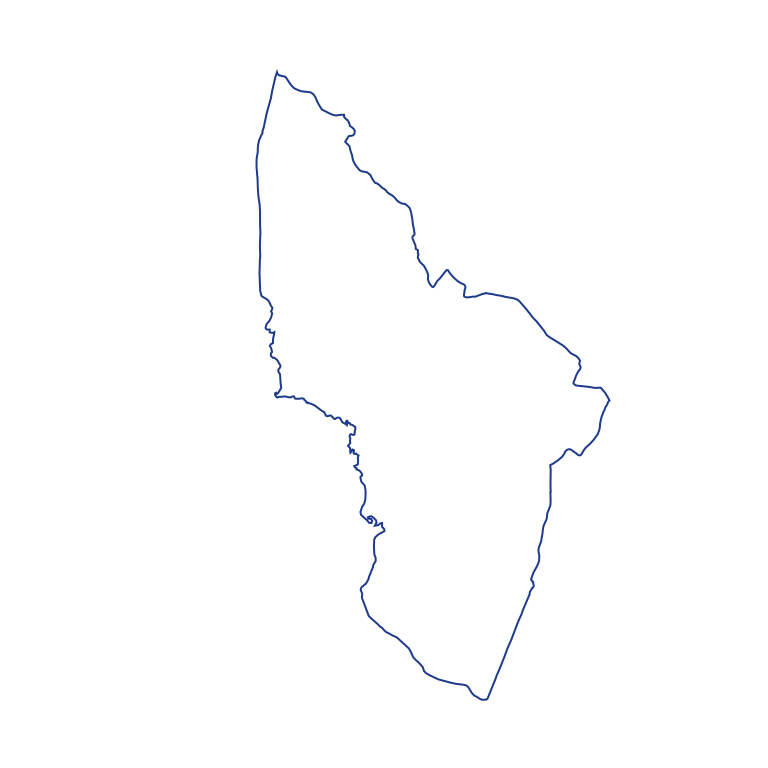 the district of Kampong Seila, Kaôh Kong, Cambodia, rotated 319°
{"feature_id": "14789045B74772931755748", "entity_name": "Kampong Seila", "entity_type": "district", "adm_level": 2, "iso_a3": "KHM", "parent_name": "Cambodia", "parent_adm1": "Kaôh Kong", "projection": "mercator", "projection_center": [103.945, 11.169], "detail": "fine", "context": "isolated", "style": "outline", "palette": "blue", "viewbox_px": 768, "rotation_deg": 319, "n_neighbors": 0, "source": "geoboundaries", "source_scale": "gbopen_adm2", "svg_char_len": 6154}
<svg xmlns="http://www.w3.org/2000/svg" viewBox="0 0 768 768"><g transform="rotate(319 384 384)"><path d="M507.8,78.5L503.5,81.0L491.8,89.5L486.3,94.0L473.4,102.5L461.5,111.5L458.0,113.6L456.7,115.1L455.5,115.4L453.0,116.5L449.5,118.2L446.4,120.5L443.4,123.3L440.8,126.2L436.1,130.0L433.9,132.3L429.9,136.9L423.0,146.4L417.2,153.5L412.6,159.6L407.7,167.2L403.8,172.2L394.9,182.6L389.9,188.8L380.8,198.5L374.8,205.9L371.1,209.6L362.3,219.2L351.9,232.2L349.6,236.5L349.4,238.0L351.3,243.5L351.4,246.0L350.1,250.4L349.7,253.3L348.2,254.4L346.4,255.1L346.0,257.3L342.5,259.7L338.8,261.2L335.4,261.6L334.3,262.0L331.9,263.5L331.1,264.7L331.4,266.1L333.5,268.0L331.7,269.9L332.5,271.4L333.6,272.4L335.3,272.9L334.4,273.8L329.8,277.2L327.0,280.3L324.5,279.7L322.9,280.4L322.0,283.7L320.5,286.4L319.0,286.6L318.3,287.0L317.1,288.6L317.3,291.5L318.4,292.1L319.1,295.7L318.1,301.3L317.5,302.8L315.8,303.5L313.7,303.8L312.3,305.6L312.1,307.8L311.2,309.4L306.3,315.8L303.9,319.5L299.3,321.0L297.3,321.4L296.0,321.0L296.7,319.8L295.8,319.6L294.4,321.2L294.5,324.2L296.3,324.8L299.0,327.0L300.8,328.0L303.4,331.5L304.7,332.8L307.0,333.4L307.9,334.4L307.3,336.3L307.7,337.2L310.1,339.3L313.2,341.4L313.8,343.1L313.4,344.0L313.8,345.1L313.4,346.8L313.6,347.9L314.3,347.8L314.9,349.6L316.0,351.0L317.7,355.1L319.5,363.6L320.4,365.9L319.4,369.9L320.3,371.4L322.2,372.1L323.2,372.8L323.4,374.7L323.5,377.7L324.3,378.3L326.3,378.6L327.6,379.4L328.4,380.5L328.1,382.8L327.4,385.3L328.6,388.6L329.0,389.9L329.0,390.7L330.1,390.0L330.4,387.9L331.5,387.1L332.2,387.7L331.6,389.0L331.9,390.1L332.5,391.3L332.0,392.6L332.9,393.5L333.5,394.9L333.6,396.4L334.2,397.6L332.7,399.3L331.3,400.2L329.5,402.0L328.2,402.8L326.8,401.5L326.1,400.1L325.1,400.0L323.4,401.2L322.9,403.0L321.0,404.5L320.0,406.3L316.2,407.2L316.4,409.6L315.8,411.1L314.1,412.8L313.6,413.8L315.6,413.5L317.2,412.8L317.9,414.1L317.0,415.2L315.8,416.0L315.6,416.9L316.3,417.8L317.4,418.3L317.4,419.7L317.9,421.3L316.3,422.1L315.3,423.2L314.2,424.8L311.5,427.5L309.6,427.1L307.7,426.4L307.4,428.1L308.1,429.7L307.2,430.5L307.9,431.9L308.6,432.9L308.7,434.9L308.5,436.8L307.8,438.5L305.2,438.7L304.1,440.3L302.8,442.9L302.8,447.9L300.4,452.0L297.7,455.2L294.2,458.8L290.8,461.2L286.7,462.5L282.3,465.1L280.9,467.5L281.2,470.8L281.8,475.1L281.7,478.9L283.3,480.7L285.4,479.4L285.7,477.4L283.9,475.4L284.5,474.0L287.6,475.3L288.3,478.0L288.6,481.5L287.6,483.6L284.1,485.0L286.9,486.6L290.0,486.9L291.3,487.6L288.8,490.6L289.0,493.6L287.8,495.3L281.1,493.9L276.9,493.9L274.5,495.0L269.7,500.2L266.9,503.7L264.8,506.5L263.7,509.6L261.6,512.1L256.7,513.8L255.7,514.9L246.1,519.7L244.8,520.8L242.7,521.7L239.5,522.8L233.9,522.7L232.9,523.0L231.2,524.2L230.2,527.7L227.1,530.8L220.3,549.1L220.8,554.9L221.6,559.9L221.9,564.6L222.6,566.6L222.5,569.5L222.9,572.7L223.9,574.9L225.6,579.8L226.4,581.2L227.5,584.2L229.3,599.9L228.6,603.4L226.8,609.4L226.9,613.0L227.5,618.0L227.5,622.2L227.3,623.8L225.9,626.7L226.1,630.0L227.4,633.8L230.8,641.7L232.1,643.9L238.9,653.9L241.4,657.2L247.1,663.6L248.5,665.9L248.7,668.4L247.6,674.5L247.6,676.9L247.8,678.6L248.9,681.2L249.9,684.9L250.5,686.0L251.7,687.4L254.3,689.3L255.5,689.5L274.5,679.8L278.2,677.7L282.0,676.0L296.1,668.8L303.4,664.7L311.7,660.8L326.8,652.7L331.7,650.2L335.9,648.4L340.6,645.7L356.2,638.1L357.1,637.0L358.0,636.4L359.3,636.2L361.4,635.3L363.2,635.3L364.6,634.6L366.8,630.9L366.4,630.4L366.8,627.9L371.0,625.5L373.8,624.1L379.1,622.2L381.2,621.2L383.3,620.3L385.3,618.9L388.8,615.2L389.9,613.1L391.7,610.5L394.3,608.6L399.8,605.6L401.2,604.2L405.7,600.7L407.9,598.5L411.0,596.0L412.7,595.1L417.4,593.0L419.5,591.5L422.1,588.9L428.4,585.6L430.1,584.6L432.8,581.8L436.1,577.9L438.4,574.9L439.0,574.9L440.1,573.4L443.1,569.8L453.6,558.0L456.2,554.3L460.8,555.3L463.2,555.4L464.4,555.7L470.4,555.8L472.8,555.3L475.3,554.5L477.0,553.7L478.5,553.7L480.3,554.2L481.9,555.7L483.5,562.1L483.7,564.1L484.5,566.0L485.7,566.7L487.0,566.5L492.3,564.8L494.7,564.4L500.2,564.3L506.1,563.6L512.5,562.0L515.9,560.2L518.0,558.7L521.5,555.3L526.4,551.7L531.1,549.1L533.2,548.3L535.9,546.8L539.3,545.8L540.7,544.9L542.3,544.4L543.3,544.5L544.1,541.5L545.1,536.0L545.2,529.1L544.7,528.6L540.6,525.3L537.3,521.2L528.4,511.6L527.6,510.2L527.4,508.0L528.4,506.8L530.2,506.1L534.7,503.6L539.0,501.9L541.4,501.6L543.3,500.5L544.0,498.8L544.5,496.9L547.1,495.1L547.5,493.6L547.7,491.8L547.2,488.3L546.3,486.4L545.1,483.0L544.9,476.1L544.4,472.6L539.7,457.4L538.9,453.9L539.7,448.9L540.2,436.8L539.9,432.5L540.5,420.8L540.5,410.5L540.2,408.4L538.9,405.6L536.8,402.8L532.9,398.0L530.5,394.6L527.2,390.6L524.4,386.8L522.3,384.5L520.5,382.1L519.7,382.1L518.0,380.9L510.2,378.0L508.5,376.4L505.8,374.8L503.2,372.9L502.0,370.8L502.1,370.1L503.1,368.8L504.5,367.9L506.0,366.3L508.0,365.2L509.4,363.8L509.8,361.8L508.1,358.0L507.2,355.0L506.7,351.9L506.4,349.1L506.4,343.9L506.9,340.0L505.9,339.0L495.3,341.0L491.8,341.2L486.8,342.9L484.7,343.1L484.1,342.2L484.1,338.9L484.7,336.7L485.7,333.9L488.9,330.7L490.5,326.4L491.7,320.7L491.3,317.0L491.3,314.8L492.1,312.0L492.7,310.4L493.8,309.5L495.0,308.9L495.5,307.2L496.9,306.0L497.4,305.1L496.6,303.0L497.6,301.6L498.8,299.6L500.9,293.1L501.8,291.7L503.3,291.3L505.1,291.2L506.1,290.1L506.6,288.9L507.7,287.6L510.0,283.3L512.7,279.4L517.1,272.2L518.1,270.0L518.8,267.9L518.7,265.8L518.1,262.0L516.8,260.7L515.5,258.7L514.6,256.1L514.2,254.0L514.3,249.9L513.8,246.7L512.7,243.8L512.3,241.2L512.5,239.2L512.2,237.3L511.5,235.5L510.9,230.1L510.3,228.0L509.2,226.1L509.8,221.3L510.9,217.3L510.4,215.3L510.2,213.4L509.0,211.6L506.9,209.2L505.8,206.7L506.0,201.3L506.6,197.4L507.6,194.4L510.0,190.4L511.6,186.3L513.9,181.9L513.7,175.7L519.2,174.0L520.5,173.9L521.7,175.0L523.7,176.0L525.1,175.9L526.8,175.0L528.2,173.5L528.5,171.8L528.2,169.3L527.6,166.9L528.8,164.5L529.6,161.6L529.1,158.5L529.2,155.9L530.5,154.7L528.7,153.0L523.9,149.8L522.0,147.3L520.7,144.7L517.2,136.2L517.9,131.3L518.8,127.5L520.4,122.4L520.7,120.0L520.6,118.1L519.9,115.7L519.3,114.9L513.8,109.0L512.0,105.9L511.0,103.7L510.2,101.6L510.0,98.0L510.2,95.1L511.1,88.4L510.8,86.7L510.1,86.1L507.2,81.9L507.2,79.8L507.8,78.5Z" fill="none" stroke="#1e3a8a" stroke-width="2"/></g></svg>